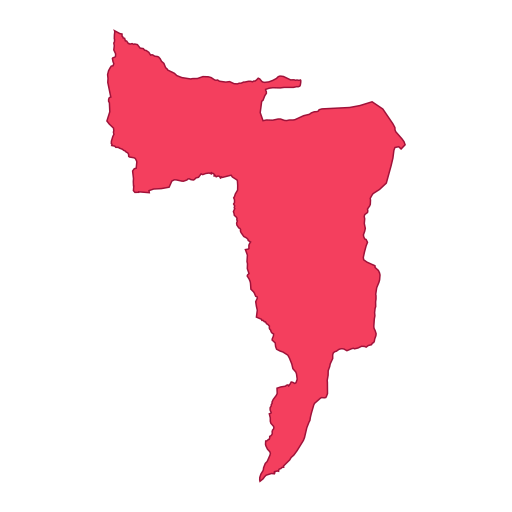 the district of Capital, Salta, Argentina
{"feature_id": "61730980B15488687390300", "entity_name": "Capital", "entity_type": "district", "adm_level": 2, "iso_a3": "ARG", "parent_name": "Argentina", "parent_adm1": "Salta", "projection": "equal_earth", "projection_center": [-65.343, -24.972], "detail": "fine", "context": "isolated", "style": "filled", "palette": "rose", "viewbox_px": 512, "rotation_deg": 0, "n_neighbors": 0, "source": "geoboundaries", "source_scale": "gbopen_adm2", "svg_char_len": 6011}
<svg xmlns="http://www.w3.org/2000/svg" viewBox="0 0 512 512"><path d="M283.7,467.2L283.5,466.0L289.7,459.9L291.1,457.5L293.9,455.0L297.1,450.6L303.4,440.4L304.5,437.6L306.8,427.7L309.0,422.1L309.9,420.4L310.4,417.2L311.4,413.1L313.8,404.8L314.6,403.3L320.4,398.2L321.5,397.6L324.5,397.8L325.8,397.5L326.4,396.5L327.5,393.6L327.4,382.4L327.2,380.4L328.1,375.2L328.2,370.7L329.7,366.5L330.2,363.9L332.7,358.5L332.7,354.8L333.3,352.9L334.7,351.7L336.4,351.2L338.9,349.4L340.5,348.9L341.9,348.7L343.9,349.0L346.9,350.7L351.9,348.6L353.5,348.3L354.5,348.8L358.0,348.0L361.5,346.3L364.4,346.4L366.2,347.1L368.3,345.5L371.5,344.7L372.4,343.1L373.6,342.6L374.3,341.3L374.7,339.0L375.9,335.7L376.1,333.7L375.2,330.8L374.0,328.2L373.8,326.3L374.3,319.0L374.9,315.8L374.6,312.6L375.1,308.3L375.7,306.6L375.6,301.8L376.0,299.0L376.0,295.7L375.7,294.3L376.7,287.7L378.9,282.4L379.6,279.9L380.0,275.0L379.5,272.8L378.4,270.5L375.1,267.5L375.0,265.8L366.9,262.1L363.7,259.8L363.3,257.4L364.5,251.9L366.1,245.9L367.5,242.3L366.1,239.5L364.8,239.0L363.8,237.0L363.4,234.9L364.7,231.2L365.3,228.4L364.3,223.5L364.7,218.8L364.2,216.6L364.7,214.6L367.5,212.5L367.8,211.0L367.5,209.0L369.6,206.0L370.3,204.3L370.5,200.1L370.2,198.4L371.9,195.3L372.8,193.9L374.0,193.0L379.6,189.4L386.3,183.1L391.1,165.7L392.9,158.1L393.9,150.3L394.9,147.5L398.7,146.7L401.1,149.0L405.1,144.8L404.0,141.7L402.0,138.9L395.8,131.8L395.0,129.9L394.9,127.6L393.0,124.0L382.8,109.0L372.1,101.8L359.8,105.6L349.6,107.5L322.0,108.9L319.1,109.7L318.4,111.0L317.0,111.6L314.2,111.8L311.3,112.9L309.4,114.3L303.6,115.7L294.9,119.7L293.1,120.0L289.4,120.0L286.5,120.6L284.4,120.4L280.5,119.0L278.2,119.0L272.6,120.2L266.5,120.0L263.0,120.7L260.2,112.6L261.7,101.3L263.0,100.3L264.8,95.7L266.4,93.3L266.3,91.5L265.7,90.5L265.6,89.4L269.1,88.2L272.8,87.7L280.2,87.9L284.1,87.4L293.4,87.4L296.9,86.6L298.0,86.8L299.7,86.2L300.3,85.1L300.7,82.7L300.8,80.7L300.5,80.0L299.0,80.4L297.0,80.0L295.5,80.3L294.0,79.8L290.6,79.9L283.5,76.5L280.7,76.1L279.4,76.2L278.1,76.8L276.4,78.5L272.8,80.4L268.8,81.9L264.6,82.4L263.0,82.1L261.9,81.5L259.7,78.9L258.2,78.2L256.5,80.0L254.9,81.1L253.8,81.0L252.5,81.8L250.8,81.3L248.4,81.3L244.7,82.1L243.5,82.1L241.1,83.2L239.2,83.2L237.4,83.9L234.1,83.7L229.6,81.6L225.8,82.1L219.4,81.2L217.6,80.0L215.9,80.3L214.6,79.9L211.2,77.6L208.4,76.8L202.9,76.6L197.5,78.5L192.2,78.6L190.9,79.0L181.9,77.6L176.8,75.6L174.4,73.3L167.8,70.1L167.0,68.8L166.4,68.5L165.4,67.2L163.9,63.4L161.5,61.3L160.2,58.8L158.6,57.0L157.3,56.5L154.7,56.2L152.7,54.9L151.7,54.8L150.6,55.1L148.8,52.3L146.2,50.5L144.6,50.2L143.3,48.6L140.1,48.1L137.4,44.6L134.7,44.0L133.8,44.4L132.1,43.6L129.9,44.1L128.9,43.5L128.4,43.6L126.6,41.0L125.4,40.9L124.6,38.3L123.2,38.0L122.9,37.0L122.1,36.3L122.0,34.0L119.9,33.6L114.5,30.7L114.8,31.6L114.4,34.9L114.3,38.7L114.6,39.8L114.4,42.1L113.8,43.0L114.3,45.7L113.8,49.9L115.6,53.8L115.5,56.5L114.7,57.2L112.9,57.8L112.4,58.5L113.0,61.6L113.8,63.7L113.0,65.8L111.3,66.1L110.2,67.7L108.6,70.6L107.6,74.6L108.0,78.4L107.8,82.5L110.8,97.1L109.8,97.4L109.0,98.1L108.6,99.7L108.6,101.3L109.4,102.8L109.8,111.8L106.9,121.0L109.3,124.1L113.5,128.1L113.8,130.9L113.4,132.1L113.9,134.3L112.8,136.5L111.4,141.2L111.3,143.5L112.0,144.4L111.7,145.5L114.7,146.1L115.8,147.3L118.7,147.4L119.1,148.0L122.5,149.3L123.6,150.3L125.2,151.0L126.2,152.1L127.7,152.8L128.6,154.4L128.7,156.4L129.5,157.0L134.1,157.8L135.3,158.5L136.6,161.0L136.8,162.2L136.2,168.2L134.3,168.7L132.6,171.0L133.5,178.6L133.3,181.5L133.5,185.9L133.8,186.0L133.4,190.6L134.9,192.4L138.7,192.3L138.7,191.8L149.3,192.7L149.0,190.6L153.7,189.0L161.4,188.6L169.1,187.2L171.8,181.1L174.3,179.8L176.3,179.9L181.8,181.1L183.5,181.2L186.9,180.0L187.8,179.1L189.1,178.7L190.8,179.6L193.4,180.0L194.4,179.5L196.0,177.9L198.5,177.3L201.1,173.9L202.7,174.6L205.7,173.5L209.1,173.0L211.2,173.8L211.0,172.9L211.3,172.6L212.2,173.2L213.6,173.6L214.2,174.6L214.1,176.0L214.6,176.0L215.0,175.3L216.2,176.8L218.0,176.0L219.5,176.4L220.5,178.1L220.9,177.9L220.8,177.0L221.2,176.8L222.4,177.4L231.1,175.2L232.4,177.0L236.9,179.9L237.4,180.8L237.7,185.4L237.6,190.1L235.3,194.0L234.5,196.6L233.7,197.8L234.5,199.8L234.5,202.6L233.6,204.0L234.7,205.9L234.2,207.8L234.8,208.6L233.4,211.6L234.0,213.3L234.3,215.3L236.3,217.1L237.0,218.3L236.8,220.0L237.4,220.9L236.6,223.1L236.9,225.1L238.8,227.9L240.0,228.5L240.6,229.7L240.4,230.9L241.0,232.5L243.8,236.5L246.5,237.9L248.0,239.4L248.2,240.5L250.6,242.0L249.7,243.3L248.9,245.1L248.9,248.5L248.2,249.1L245.4,249.6L247.4,255.1L247.0,261.6L247.5,263.8L247.3,268.6L249.0,273.6L247.6,274.9L247.2,276.0L249.1,279.0L250.2,281.7L250.5,283.4L250.9,289.2L253.6,291.9L254.4,293.2L255.7,296.3L257.0,296.7L257.4,298.0L255.7,301.7L256.4,306.3L257.3,310.2L256.4,317.1L261.5,319.3L261.9,320.4L263.3,320.5L264.4,321.8L265.5,321.8L266.5,323.7L267.8,324.4L269.4,326.1L269.3,328.1L269.8,329.3L270.6,330.0L271.1,331.8L272.1,333.1L273.6,333.9L273.4,336.1L272.3,338.7L272.1,340.0L275.2,342.9L275.6,346.5L276.6,349.2L280.0,351.0L282.9,352.0L287.8,355.1L289.4,358.0L291.8,364.0L292.9,368.7L295.8,372.0L296.5,373.9L297.2,379.2L296.0,382.7L294.7,383.4L292.7,382.3L291.2,382.0L290.2,383.9L288.7,385.9L287.9,384.9L286.4,385.3L285.5,386.2L280.9,386.9L277.0,388.2L277.2,393.5L276.2,395.5L273.2,399.5L272.0,402.1L272.2,403.3L271.3,404.5L271.2,406.1L270.2,407.5L270.1,408.9L270.2,410.3L271.2,412.5L270.9,413.2L269.3,413.8L270.3,417.9L270.3,421.3L270.9,423.3L273.6,426.4L273.9,427.7L273.5,429.1L272.6,430.0L272.1,431.7L272.3,433.3L271.9,434.6L271.0,435.7L269.7,436.4L269.7,437.8L269.3,439.3L268.5,439.4L266.8,440.9L265.7,441.0L265.5,444.3L265.9,445.9L267.5,449.2L269.8,451.7L270.4,453.3L270.0,455.1L267.5,460.8L267.0,461.7L265.3,463.4L263.6,467.7L263.3,469.9L262.9,470.9L260.9,474.1L259.8,477.4L259.7,480.0L260.0,481.3L263.1,478.8L264.6,476.7L266.1,475.2L271.4,473.5L274.4,473.8L274.8,472.8L274.2,472.2L274.5,471.6L277.4,471.0L278.6,471.3L278.7,470.7L278.5,470.3L279.3,469.0L280.8,468.6L281.8,467.5L283.7,467.2Z" fill="#f43f5e" stroke="#9f1239" stroke-width="1.5"/></svg>